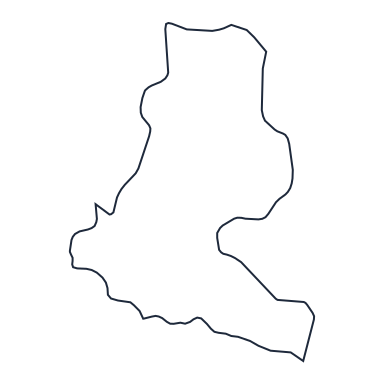 an SVG outline of Chimbu
{"feature_id": "PNG-1242", "entity_name": "Chimbu", "entity_type": "Province", "adm_level": 1, "iso_a3": "PNG", "parent_name": "Papua New Guinea", "parent_adm1": "", "projection": "robinson", "projection_center": [144.883, -6.328], "detail": "fine", "context": "isolated", "style": "outline", "palette": "slate", "viewbox_px": 384, "rotation_deg": 0, "n_neighbors": 0, "source": "natural_earth", "source_scale": "10m", "svg_char_len": 1763}
<svg xmlns="http://www.w3.org/2000/svg" viewBox="0 0 384 384"><path d="M231.3,24.9L246.7,30.0L254.2,37.3L266.2,51.7L262.8,68.5L261.8,110.2L263.1,116.4L265.0,120.7L274.6,129.5L277.3,131.3L282.9,133.5L285.3,134.9L287.7,138.4L289.2,143.9L292.8,169.9L292.5,178.5L291.7,183.4L290.2,188.1L287.8,192.0L285.4,194.5L279.5,198.8L276.0,202.2L268.3,213.9L265.5,217.2L262.3,218.8L258.4,219.4L245.5,218.7L241.2,217.8L237.3,217.7L234.1,218.7L222.7,225.5L220.1,228.0L217.2,233.0L217.2,237.9L219.1,249.8L221.1,252.3L223.3,253.8L226.8,254.6L230.9,256.0L234.9,258.0L241.1,262.1L275.7,298.7L277.5,299.9L303.8,302.0L305.5,302.9L307.2,304.9L312.6,312.9L314.1,316.2L313.9,319.5L303.2,361.0L290.7,352.4L270.6,350.7L258.5,345.8L250.1,341.0L238.0,336.8L231.3,336.0L225.8,333.7L218.6,332.8L214.4,331.8L210.9,328.7L206.9,323.9L201.2,318.4L197.2,317.6L193.5,319.3L190.1,321.9L185.1,323.7L180.4,322.7L173.7,323.8L170.2,323.7L166.8,321.8L162.2,318.1L158.7,316.5L155.6,315.9L151.8,316.6L143.9,318.6L143.2,318.7L139.6,311.0L134.0,305.3L130.4,302.3L117.9,300.5L111.0,298.5L107.9,294.8L107.5,288.1L105.9,282.6L102.5,277.6L96.8,272.6L91.7,270.0L86.4,268.8L77.2,268.4L73.1,267.2L72.2,264.4L72.6,260.9L72.6,257.8L71.0,254.5L69.9,251.9L69.9,250.7L71.5,240.0L72.8,236.8L75.0,234.0L79.6,231.4L87.9,229.5L91.6,228.1L94.6,226.0L96.3,222.1L96.9,218.9L95.6,204.2L109.5,214.5L111.1,214.2L113.4,212.4L117.0,197.5L119.0,193.2L121.5,189.0L124.8,184.8L135.7,173.3L138.4,168.5L149.1,136.3L150.2,131.5L150.4,128.4L149.1,125.3L142.3,117.0L140.8,112.7L140.6,107.1L142.4,98.0L144.8,91.0L145.3,90.2L148.6,87.3L151.8,85.5L160.8,81.8L165.3,78.5L167.4,75.3L168.2,72.6L165.3,29.1L166.1,24.0L168.4,23.0L171.9,23.7L186.8,29.4L212.3,30.9L219.1,29.7L223.8,28.3L231.3,24.9Z" fill="none" stroke="#1e293b" stroke-width="2"/></svg>